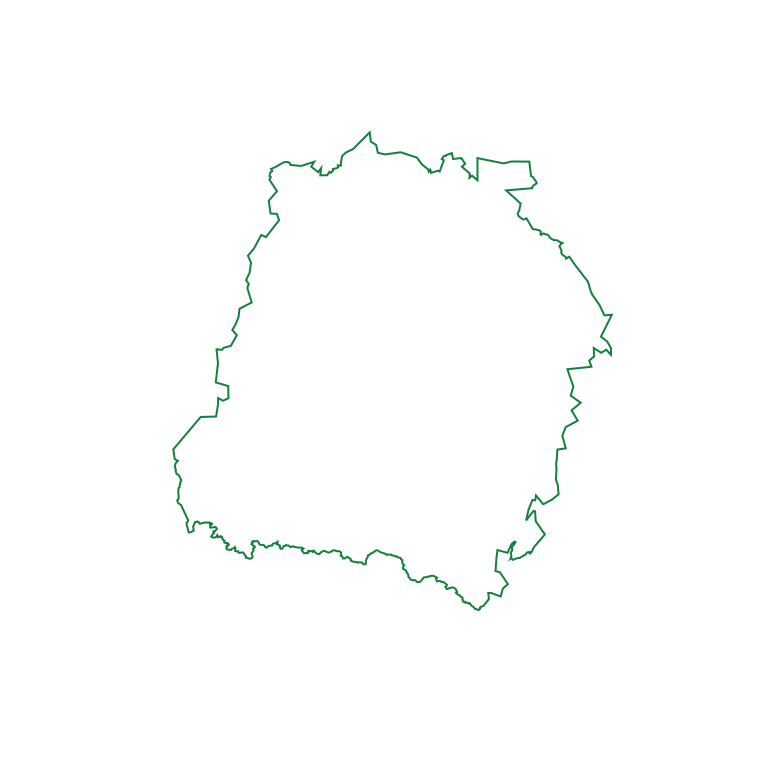 Uthukela, KwaZulu-Natal, South Africa (Robinson projection), rotated 326°
{"feature_id": "47623444B45932738864801", "entity_name": "Uthukela", "entity_type": "district", "adm_level": 2, "iso_a3": "ZAF", "parent_name": "South Africa", "parent_adm1": "KwaZulu-Natal", "projection": "robinson", "projection_center": [29.405, -28.737], "detail": "fine", "context": "isolated", "style": "outline", "palette": "green", "viewbox_px": 768, "rotation_deg": 326, "n_neighbors": 0, "source": "geoboundaries", "source_scale": "gbopen_adm2", "svg_char_len": 6154}
<svg xmlns="http://www.w3.org/2000/svg" viewBox="0 0 768 768"><g transform="rotate(326 384 384)"><path d="M403.3,150.5L403.1,164.3L390.9,167.7L385.3,179.2L390.3,183.1L388.7,189.5L368.3,196.2L365.5,191.8L351.9,199.0L342.9,201.6L341.7,208.9L334.8,216.6L327.7,220.8L327.9,225.2L324.4,228.0L319.9,242.4L306.3,240.8L300.9,247.1L294.7,251.3L288.4,254.5L289.3,261.2L278.4,266.7L271.2,264.3L268.8,265.1L264.6,261.6L258.0,273.9L245.4,288.6L253.7,298.6L247.1,308.8L241.2,307.9L238.6,302.9L235.4,307.6L226.6,317.1L213.6,308.8L172.7,320.4L168.5,329.3L170.1,332.4L166.7,333.3L164.3,335.6L163.6,338.5L162.8,339.2L161.7,342.7L162.6,344.0L163.0,345.6L162.3,348.3L162.3,350.4L160.0,351.5L159.6,352.7L157.5,354.0L156.7,355.4L155.4,355.4L153.0,358.5L151.0,362.3L149.2,364.6L147.7,364.7L147.1,366.1L146.8,367.6L148.1,370.9L145.4,387.3L145.2,387.9L142.4,388.8L139.2,397.6L139.4,398.2L141.6,398.9L144.2,399.1L146.0,395.6L150.2,392.8L150.7,393.4L152.2,393.4L153.2,394.9L152.9,396.5L153.2,397.1L155.1,397.4L158.8,399.1L162.7,402.1L163.2,403.9L162.2,404.0L161.1,403.2L160.1,405.7L158.8,405.7L160.3,406.0L161.6,407.1L164.1,408.1L164.6,409.2L164.5,410.6L161.6,411.5L160.2,410.8L159.5,411.6L159.7,412.6L158.0,412.7L155.4,413.9L156.2,415.6L158.5,416.9L159.8,416.9L161.3,416.1L160.7,418.2L163.4,418.8L163.1,419.6L164.2,420.1L163.4,422.2L163.7,422.3L163.5,422.9L164.1,425.0L163.0,425.8L163.6,427.1L165.2,428.2L165.8,429.9L165.5,430.6L163.7,430.1L162.6,430.5L163.0,431.2L161.3,432.3L161.4,433.4L164.3,436.0L166.0,435.5L167.5,436.2L168.8,435.9L168.5,436.4L169.1,436.9L167.2,439.1L168.6,440.7L169.6,441.2L169.1,442.1L169.5,443.1L172.9,444.7L173.2,445.8L172.9,448.5L173.2,449.7L172.4,450.9L173.6,451.8L174.9,453.9L177.1,454.4L178.5,453.8L179.6,450.2L182.7,449.2L183.4,447.2L185.6,447.1L186.0,446.0L184.9,444.4L185.4,443.2L184.9,442.7L185.6,442.4L185.2,442.1L185.6,441.7L187.2,440.9L187.9,441.1L188.0,441.6L191.3,443.5L191.5,445.6L191.1,446.6L191.2,447.5L191.8,448.4L194.2,450.3L194.6,451.3L194.3,452.6L195.3,454.1L197.9,453.7L200.9,455.4L201.5,454.6L202.9,454.3L205.3,455.4L207.5,455.3L206.6,456.6L205.7,457.1L207.3,459.4L206.9,459.7L207.0,460.5L206.1,462.0L206.3,463.0L207.9,463.6L210.2,462.3L211.4,462.9L212.7,462.6L212.8,463.3L214.8,464.8L215.4,467.1L217.7,467.5L218.7,469.1L222.2,472.3L223.9,473.3L225.2,475.3L224.5,475.5L223.7,475.0L222.8,475.8L223.1,476.4L222.8,476.9L223.1,479.7L225.1,480.6L226.2,481.6L227.5,481.1L227.6,480.1L228.6,480.3L229.5,481.5L232.2,482.7L231.4,483.4L232.6,483.6L233.2,486.5L234.7,488.7L235.8,488.8L237.3,488.2L241.1,488.7L243.6,492.7L245.7,493.3L249.0,493.5L250.4,494.7L251.3,496.2L253.5,497.7L254.2,499.7L253.4,501.1L252.1,502.0L252.9,503.4L252.9,504.5L252.4,505.6L253.5,506.5L256.9,506.8L258.3,509.8L258.3,511.1L257.7,511.7L257.7,512.2L260.2,515.1L261.7,516.1L262.2,517.3L263.1,517.6L266.0,519.7L266.0,521.3L266.7,522.6L268.0,523.0L268.8,522.6L269.5,521.1L271.5,519.3L273.3,518.7L274.9,517.1L276.5,517.5L278.1,517.0L279.7,517.6L284.4,517.5L285.9,518.6L286.7,521.1L290.3,525.6L290.5,527.2L291.6,527.4L294.5,529.4L294.7,530.5L296.1,531.6L296.4,532.6L298.3,534.1L298.1,534.9L300.6,537.8L300.1,538.9L300.8,540.5L299.7,541.5L298.9,543.3L299.5,545.4L298.1,545.8L296.4,547.7L298.0,551.3L297.4,552.2L297.5,555.7L296.5,557.2L296.7,561.1L298.9,563.4L300.1,564.0L300.8,566.8L302.7,568.0L304.5,568.0L308.9,566.6L311.2,567.9L315.5,569.2L317.9,570.8L319.7,574.3L318.1,574.6L317.5,577.3L320.3,578.5L321.2,580.5L322.4,581.1L323.9,585.5L322.8,586.6L321.4,586.5L321.3,588.8L322.1,589.6L324.1,589.7L326.6,590.7L327.5,591.3L328.5,593.1L328.8,594.6L328.4,595.7L328.4,597.3L326.9,597.4L327.4,599.8L328.4,601.0L328.6,602.9L329.6,604.7L329.4,605.7L328.3,606.7L328.5,608.3L328.0,608.9L329.4,609.9L329.1,611.0L330.9,611.7L331.4,613.4L332.4,613.5L332.6,616.8L333.7,619.5L333.7,621.5L334.9,622.4L335.8,624.2L337.6,624.3L338.1,624.0L338.1,623.4L339.1,622.8L342.2,623.6L350.8,620.9L353.6,615.5L355.9,617.1L361.9,625.4L368.2,620.0L374.8,619.2L374.8,604.9L371.8,601.5L380.0,591.0L385.2,585.1L392.0,593.0L400.3,588.0L404.0,587.6L404.6,588.5L402.4,589.7L398.9,590.6L397.2,593.7L394.8,594.5L393.9,597.0L392.4,598.9L391.2,599.6L392.3,599.6L392.5,601.9L396.6,602.7L399.3,604.1L406.0,604.5L408.2,603.6L410.8,604.7L410.0,605.6L410.5,606.3L412.7,605.8L416.5,603.3L433.2,598.7L433.1,582.5L438.0,574.1L437.5,574.0L436.9,572.8L425.5,576.6L433.9,568.7L442.2,563.2L444.3,565.0L447.7,561.4L448.7,572.7L458.4,573.8L467.0,573.1L471.5,565.1L473.1,559.3L479.5,550.9L482.0,546.4L485.1,543.1L491.1,535.3L498.7,539.0L502.9,526.6L510.7,521.3L524.1,522.7L524.8,510.7L536.6,509.5L532.3,498.1L539.5,492.1L544.3,474.3L565.6,485.7L567.3,479.3L573.5,478.7L578.0,471.5L581.6,479.6L587.4,479.8L588.5,486.7L592.2,481.2L592.4,479.2L592.8,473.4L590.3,466.1L611.6,454.0L605.1,450.3L606.8,439.2L606.6,426.5L607.3,422.5L610.3,413.3L609.0,393.5L608.8,382.1L605.1,381.8L605.6,381.1L605.7,380.3L604.4,377.3L604.1,375.4L604.2,374.6L606.0,372.1L606.5,367.9L609.1,366.8L610.7,366.9L609.1,364.6L608.1,361.9L605.4,359.8L604.1,357.6L603.3,354.9L603.5,353.1L603.0,351.4L601.6,350.4L600.6,348.4L597.7,348.2L597.3,347.8L597.6,347.0L599.0,345.9L599.3,344.7L598.3,342.9L597.5,342.4L597.1,341.5L593.9,338.7L594.8,326.3L592.6,326.1L591.3,325.3L589.8,321.4L589.5,319.9L590.2,317.3L593.1,315.8L598.2,310.8L593.5,291.8L616.3,304.5L617.4,303.4L618.8,303.0L622.7,303.0L623.3,301.8L623.1,295.6L622.2,293.8L628.8,280.9L614.1,270.8L606.6,268.1L587.8,249.0L575.4,267.4L573.5,260.5L570.2,260.8L572.8,257.6L570.1,247.4L574.4,246.8L574.5,240.5L574.2,240.5L574.2,239.8L567.1,236.1L569.3,230.5L563.6,229.0L562.8,229.5L561.3,228.5L557.7,229.7L558.7,231.9L549.0,239.0L547.9,237.3L541.1,235.3L542.0,233.1L542.2,232.0L539.8,233.0L540.5,230.2L538.3,223.5L537.8,214.6L527.4,201.2L513.0,194.1L508.2,188.8L511.2,181.3L508.6,175.8L512.8,167.4L489.7,171.9L481.8,170.8L476.8,171.6L472.1,176.3L470.5,178.8L467.9,176.9L467.4,178.6L465.6,178.7L461.9,177.2L461.5,178.5L458.1,179.2L457.4,177.5L453.7,179.2L447.9,175.4L452.5,169.9L447.9,171.6L445.2,163.2L450.4,160.7L437.3,156.9L428.9,150.1L429.5,148.4L428.5,146.2L424.8,144.1L415.3,143.4L410.6,142.6L410.4,145.1L407.9,145.1L405.4,147.6L405.8,149.2L403.3,150.5Z" fill="none" stroke="#15803d" stroke-width="2"/></g></svg>